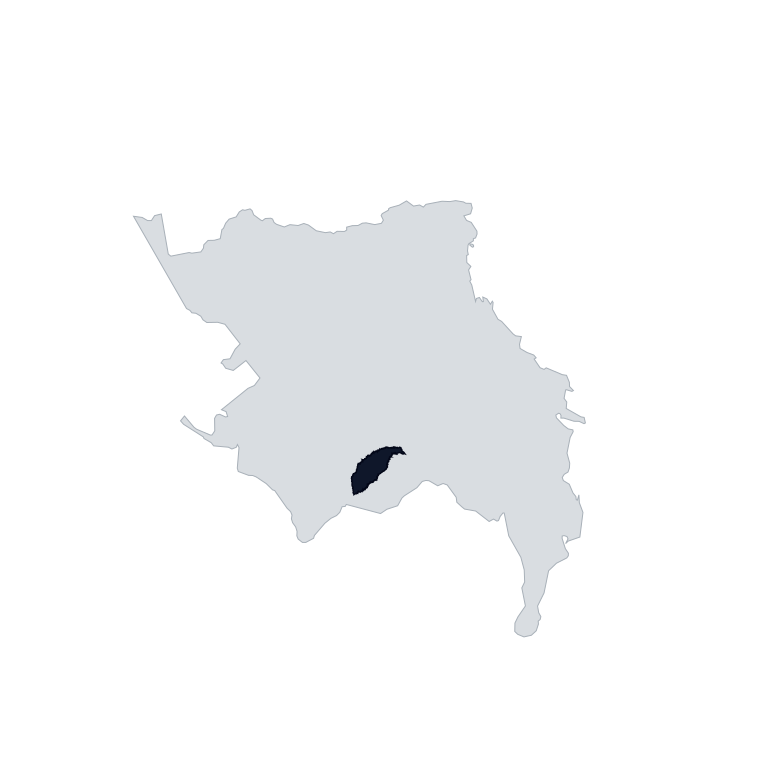 Paz De Ariporo, Casanare, Colombia shown in context, rotated 141°
{"feature_id": "7082276B32488030547396", "entity_name": "Paz De Ariporo", "entity_type": "district", "adm_level": 2, "iso_a3": "COL", "parent_name": "Colombia", "parent_adm1": "Casanare", "projection": "natural_earth1", "projection_center": [-71.123, 5.772], "detail": "fine", "context": "in_parent", "style": "filled", "palette": "ink", "viewbox_px": 768, "rotation_deg": 141, "n_neighbors": 0, "source": "geoboundaries", "source_scale": "gbopen_adm2", "svg_char_len": 9519}
<svg xmlns="http://www.w3.org/2000/svg" viewBox="0 0 768 768"><g transform="rotate(141 384 384)"><path d="M432.7,115.8L426.3,118.8L413.8,122.5L405.2,138.8L399.3,141.6L392.0,151.3L386.7,163.2L382.6,187.5L371.8,208.0L372.7,208.9L377.0,208.0L381.0,205.8L382.5,206.4L383.9,210.1L388.8,211.0L392.7,227.6L400.1,236.1L400.8,239.4L401.8,246.3L399.2,250.5L398.4,265.8L400.7,269.5L406.3,271.1L409.9,280.5L412.2,282.7L415.6,284.2L423.7,282.7L438.4,284.3L441.8,284.1L450.0,280.8L460.5,284.8L468.2,285.5L489.1,314.1L491.2,313.3L493.8,315.0L499.1,312.1L503.7,311.6L509.7,313.0L517.6,313.0L533.4,310.1L535.8,308.4L544.5,310.1L547.1,312.2L548.3,317.5L547.3,320.8L544.3,324.2L542.6,328.5L542.3,333.7L540.8,337.5L538.0,340.0L536.9,343.6L537.5,348.4L536.0,370.0L537.2,371.8L538.2,380.7L541.8,392.2L543.6,395.5L546.7,398.2L552.3,407.7L551.0,410.9L536.7,425.8L536.0,429.2L538.7,427.8L543.1,429.2L544.7,432.8L555.3,443.1L555.2,447.1L558.2,454.9L557.7,456.6L565.1,478.8L565.3,483.4L559.2,484.7L558.9,469.9L558.1,466.8L551.1,453.6L549.7,452.6L545.0,454.1L537.3,463.9L533.7,465.3L530.8,463.9L527.9,458.1L526.0,457.1L524.1,461.9L526.5,466.3L492.4,466.2L485.7,464.4L476.6,466.7L476.5,489.1L492.6,489.4L497.1,495.8L496.7,501.1L497.4,502.9L493.5,504.0L487.8,500.5L477.8,504.7L470.5,505.7L470.0,530.5L474.4,536.6L483.0,543.3L484.3,547.8L483.7,552.0L485.7,557.4L488.5,560.2L488.5,563.4L490.0,566.9L473.1,672.0L467.1,665.6L464.9,659.8L461.9,657.4L456.3,659.2L450.1,656.3L469.9,620.7L469.2,617.5L452.7,608.8L451.0,606.6L443.2,601.9L438.8,603.2L436.4,605.6L430.4,606.3L425.5,602.5L419.8,600.0L412.8,606.0L410.8,606.0L405.9,608.6L400.6,609.6L393.7,606.9L388.2,608.8L384.3,608.4L382.8,606.5L377.9,604.4L377.4,601.9L378.8,597.5L376.6,588.9L375.8,587.4L372.1,587.3L367.7,584.1L366.8,582.3L367.8,578.7L367.0,575.7L362.7,568.8L356.8,567.0L351.0,561.2L345.3,559.2L342.7,555.1L340.2,545.7L334.3,538.5L330.1,536.0L328.7,532.6L324.4,532.2L318.7,527.4L316.1,527.1L314.3,529.4L309.0,527.0L304.4,523.5L299.6,522.6L296.5,520.5L290.9,513.7L284.9,510.5L281.4,511.7L280.2,516.7L278.2,517.5L271.2,516.3L270.0,517.3L268.2,517.1L259.7,513.4L251.3,512.1L249.1,503.7L243.7,500.7L242.1,496.7L238.3,497.2L223.9,489.5L218.0,484.3L212.9,481.4L207.6,475.4L206.7,473.0L202.7,469.6L204.7,465.2L209.6,461.8L216.1,464.4L216.9,459.2L214.5,454.7L215.6,444.3L217.3,442.0L220.9,439.9L223.1,440.7L224.5,439.0L229.7,439.7L231.3,439.0L235.3,434.9L237.1,431.5L238.9,431.9L243.2,426.3L242.5,420.7L246.5,419.4L250.7,410.3L252.6,410.0L253.5,405.7L260.9,390.5L258.3,392.3L255.4,391.2L255.8,386.1L254.9,385.5L252.5,389.4L250.5,385.4L251.1,379.0L247.7,380.2L247.9,378.7L252.7,373.8L254.7,362.6L253.2,358.6L252.2,341.8L251.4,338.6L247.4,334.4L253.7,329.6L255.9,326.0L253.1,318.6L249.4,312.3L249.3,308.6L251.6,308.9L252.5,298.5L250.4,294.6L247.8,294.5L239.6,279.1L236.7,275.9L238.9,268.6L241.4,265.3L240.9,259.7L242.6,260.0L246.1,265.1L247.5,264.3L253.1,259.5L253.3,255.0L257.8,250.3L251.6,234.5L249.5,232.1L252.0,227.0L253.5,227.3L255.9,232.2L259.8,235.5L265.6,244.2L268.0,246.2L266.2,248.2L265.9,250.2L266.7,251.4L270.0,251.7L271.3,249.2L270.4,238.6L269.1,233.2L266.1,229.5L267.0,227.9L273.0,225.3L285.3,215.1L289.5,205.6L292.7,202.1L296.4,199.8L300.8,200.4L304.3,199.2L305.4,196.1L303.1,189.5L305.7,180.4L305.7,175.8L307.4,173.1L306.8,172.0L302.3,175.2L306.9,168.8L310.2,159.0L328.1,141.8L339.7,146.0L343.3,145.7L338.5,147.8L337.8,150.3L339.5,152.9L341.2,153.7L342.7,152.0L346.7,141.9L347.2,136.4L348.9,134.5L351.4,133.8L362.8,136.2L373.6,135.3L391.1,120.9L404.4,114.8L407.7,108.9L408.5,104.5L410.9,102.7L413.4,102.7L415.0,100.3L421.0,96.4L427.6,96.0L434.4,99.4L437.6,105.3L438.1,109.4L432.7,115.8ZM229.9,437.9L229.1,438.7L227.6,437.3L227.0,435.6L228.0,434.3L229.2,434.7L229.9,437.9Z" fill="#d9dde1" stroke="#a8b0b8" stroke-width="1"/><path d="M475.2,316.6L474.9,316.6L474.6,316.4L474.7,316.2L474.6,316.3L474.6,316.6L474.5,316.3L474.2,316.5L473.8,316.1L473.8,316.4L473.7,316.2L473.7,316.5L473.6,316.3L473.3,316.4L473.1,316.1L472.8,316.2L472.7,315.9L472.5,316.0L472.4,316.3L472.0,316.2L471.9,316.5L471.7,316.3L471.5,316.5L471.5,316.2L471.2,315.7L470.8,315.8L470.6,315.4L470.4,315.8L470.4,315.4L470.1,315.4L469.9,315.0L469.6,314.9L469.6,315.2L469.4,315.2L469.0,314.9L469.2,314.7L468.8,314.5L468.6,314.5L468.4,314.7L468.2,314.8L468.2,314.7L467.9,315.0L467.8,314.8L467.5,315.0L467.6,314.8L467.4,314.8L467.5,314.7L467.2,314.4L467.4,314.3L467.2,314.2L467.0,314.6L467.0,314.3L466.9,314.5L466.7,314.4L466.5,314.6L466.5,314.4L466.0,314.6L466.1,314.4L465.9,314.3L465.9,314.6L465.7,314.2L465.7,314.5L465.5,314.3L465.4,314.7L464.9,314.8L464.1,314.8L464.1,314.5L463.8,314.7L463.5,314.5L463.3,314.9L463.1,314.8L462.9,314.4L462.9,314.6L462.6,314.4L462.9,314.3L462.2,314.1L462.0,314.4L462.0,314.9L461.4,314.8L461.5,315.2L461.1,315.2L461.2,315.4L460.9,315.6L460.4,315.4L460.4,315.9L460.4,315.7L460.3,316.0L460.0,315.9L460.1,316.1L459.9,316.1L459.8,316.3L459.7,316.1L459.2,316.2L459.2,315.9L458.7,315.8L458.6,316.0L457.5,315.9L457.4,316.1L457.1,316.1L457.0,315.9L456.8,316.1L456.7,315.9L456.4,316.1L456.1,315.9L456.0,316.2L455.6,315.7L455.3,315.6L455.4,315.3L455.2,315.3L455.2,315.1L454.9,315.0L454.8,314.8L454.5,314.7L454.3,314.9L454.1,314.8L454.0,315.1L453.6,315.0L453.3,315.3L452.8,315.2L452.7,315.0L451.6,315.4L450.9,314.3L450.7,314.4L450.6,314.2L450.4,314.2L450.4,314.3L450.2,314.2L450.2,314.5L449.9,314.3L449.6,314.8L448.9,314.8L448.4,315.4L448.2,315.4L448.2,315.6L448.0,316.1L447.8,316.1L447.9,316.4L447.6,316.6L445.9,316.5L445.6,316.8L445.5,317.1L445.2,317.1L445.2,317.3L444.8,317.0L444.4,317.1L443.0,316.8L442.5,317.0L441.1,316.7L440.2,317.0L439.7,316.7L439.5,316.8L439.1,316.5L438.3,316.4L437.7,316.6L436.7,316.5L436.0,316.5L435.9,316.8L435.3,316.8L434.5,317.2L433.7,317.3L433.6,317.6L433.4,317.6L433.2,318.0L433.1,318.3L433.3,318.5L432.9,318.9L432.7,318.9L432.7,319.2L432.1,319.3L431.9,319.6L432.1,319.8L431.7,320.0L431.5,319.6L431.3,320.1L431.1,320.2L431.2,320.4L430.7,320.5L430.6,321.0L430.1,320.9L430.2,321.2L429.7,321.3L429.5,321.2L429.4,321.3L429.2,321.2L429.2,321.7L428.5,322.1L427.9,322.1L427.7,321.8L427.3,321.9L427.3,322.1L427.0,321.9L426.9,322.3L427.0,322.5L426.8,322.5L426.9,322.8L426.4,323.1L426.1,322.9L425.4,323.2L425.4,323.5L425.1,323.4L425.1,323.2L424.9,323.1L425.1,323.4L424.6,323.5L424.2,323.1L424.3,323.5L424.0,323.4L424.2,323.6L423.3,323.6L422.7,323.9L422.4,323.7L422.1,324.0L422.3,324.3L422.1,324.5L421.7,324.4L421.8,324.7L421.6,324.9L421.6,324.7L421.3,324.8L421.2,324.6L421.1,324.8L420.9,324.7L421.3,324.4L420.8,324.0L420.4,324.0L420.5,324.2L420.2,324.3L419.9,323.4L419.6,323.5L419.7,323.3L419.2,322.9L418.9,323.1L419.0,322.7L418.5,322.8L418.5,322.6L418.8,322.3L418.6,322.4L418.4,322.1L418.4,322.4L418.3,321.9L418.1,322.1L417.8,321.8L417.1,321.9L414.8,320.9L414.6,320.6L414.5,320.1L414.0,319.6L414.1,319.1L413.6,318.1L413.3,317.7L413.0,317.7L412.8,317.4L412.0,317.2L411.7,316.7L411.6,318.1L411.8,318.2L411.7,318.9L412.1,320.0L412.1,320.6L412.0,321.6L411.7,321.5L411.4,322.0L411.5,323.4L411.1,323.6L411.0,324.0L411.8,325.1L412.7,325.0L413.3,325.3L413.6,326.4L414.8,327.0L415.0,327.6L415.0,327.4L415.2,327.7L415.2,328.1L415.6,328.0L415.8,328.4L415.9,328.5L415.9,328.3L416.0,328.5L416.1,328.3L416.2,328.5L416.4,328.3L416.6,328.6L416.7,328.4L416.8,328.6L417.3,328.5L417.9,329.1L417.8,329.4L418.1,329.9L418.4,330.0L418.7,329.6L419.0,329.8L419.0,330.2L419.3,330.7L420.5,331.1L420.7,332.0L421.2,332.0L421.4,333.2L422.1,333.2L422.6,333.8L422.9,333.5L423.1,333.7L423.0,333.4L423.3,333.2L423.6,333.6L424.2,333.8L424.0,334.1L424.4,334.3L424.7,334.0L424.8,334.4L425.2,334.5L425.4,334.3L425.6,334.6L425.7,334.4L426.2,334.5L426.5,335.0L426.7,334.9L426.8,335.2L427.1,335.1L427.7,335.3L428.0,335.9L428.1,335.7L428.3,335.7L428.2,335.6L428.4,335.6L428.5,335.7L429.1,335.6L429.1,335.8L429.7,336.0L429.8,335.7L430.1,336.0L430.1,335.6L430.3,335.6L430.3,335.8L430.4,335.6L431.0,336.0L431.4,335.7L431.3,336.1L431.7,336.2L431.6,336.4L432.0,336.7L432.3,336.5L432.4,336.9L432.7,337.0L433.0,336.9L433.5,337.2L434.0,336.9L434.4,337.3L434.7,337.1L434.6,337.4L434.9,337.6L435.2,337.7L435.4,337.4L435.3,337.6L435.5,337.5L435.8,337.8L435.9,337.5L436.1,337.8L436.5,337.6L436.6,337.9L436.6,337.7L436.9,337.8L437.3,337.4L437.6,337.6L437.7,337.2L439.0,337.3L439.4,336.8L439.7,337.2L439.9,337.1L440.0,337.1L439.9,337.2L440.4,337.2L440.6,337.9L440.8,337.8L441.0,338.2L441.2,338.4L441.3,338.2L441.3,338.4L441.8,338.6L442.2,338.2L442.6,338.3L442.6,338.0L442.8,338.1L443.0,337.7L443.2,337.8L443.3,337.6L443.6,337.6L443.7,338.0L443.9,337.7L444.2,337.8L444.4,338.2L444.4,337.5L444.6,337.3L444.9,337.6L445.1,337.5L445.3,337.8L445.7,337.8L446.0,338.0L446.3,337.6L446.9,337.7L447.7,338.0L447.9,338.3L448.1,338.2L448.3,338.5L448.3,338.2L448.6,338.3L448.4,338.1L448.5,337.9L448.7,338.2L448.9,337.9L449.1,338.1L449.2,337.6L449.3,338.0L449.5,337.9L449.6,337.6L449.7,337.8L450.3,337.5L450.9,337.7L451.3,337.5L451.5,337.7L451.9,337.4L451.9,337.6L452.1,337.6L452.2,337.2L452.7,337.0L452.8,337.4L453.2,337.1L453.4,337.3L453.1,338.0L453.3,338.2L453.3,338.4L453.4,338.1L453.5,338.3L453.5,337.8L453.6,338.0L453.6,337.9L453.8,337.9L453.8,338.1L454.0,338.4L455.0,337.9L455.3,337.5L456.2,336.7L456.8,336.5L457.2,335.8L458.0,335.4L458.8,334.6L459.5,334.5L459.7,333.9L460.5,333.5L461.3,332.7L462.0,333.1L463.1,333.0L464.2,333.5L465.6,332.8L466.2,332.1L467.5,332.2L468.4,331.2L468.6,331.2L469.3,329.7L470.5,328.4L470.7,327.2L471.7,326.5L472.7,325.1L473.0,324.3L473.0,323.2L474.0,322.7L474.3,321.5L474.9,320.9L475.5,319.5L476.4,319.0L476.7,317.3L476.9,317.0L476.0,317.0L475.2,316.6Z" fill="#0f172a" stroke="#020617" stroke-width="1.5"/></g></svg>